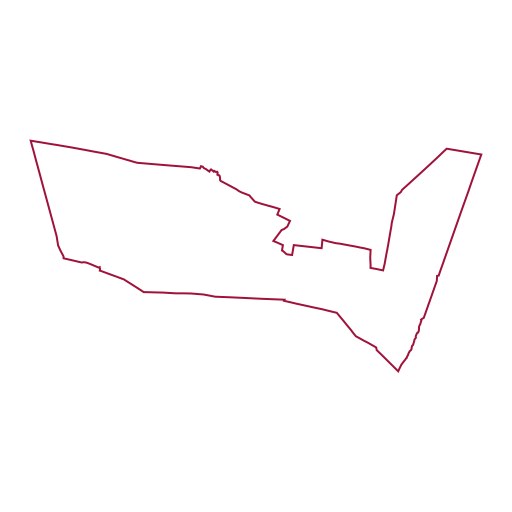 the district of Santa María de la Paz, Zacatecas, Mexico
{"feature_id": "50627088B97427908684721", "entity_name": "Santa María de la Paz", "entity_type": "district", "adm_level": 2, "iso_a3": "MEX", "parent_name": "Mexico", "parent_adm1": "Zacatecas", "projection": "orthographic", "projection_center": [-103.305, 21.511], "detail": "fine", "context": "isolated", "style": "outline", "palette": "rose", "viewbox_px": 512, "rotation_deg": 0, "n_neighbors": 0, "source": "geoboundaries", "source_scale": "gbopen_adm2", "svg_char_len": 3328}
<svg xmlns="http://www.w3.org/2000/svg" viewBox="0 0 512 512"><path d="M444.4,150.8L437.6,157.3L430.3,164.1L424.9,169.1L417.9,175.5L413.5,179.5L404.7,187.5L402.1,189.8L400.8,192.1L396.8,195.3L396.6,196.6L393.9,214.1L391.8,222.7L391.5,225.1L391.3,226.6L391.1,227.9L390.7,229.9L390.3,232.3L389.3,238.0L388.1,245.2L387.6,247.7L387.2,250.2L386.9,251.4L385.5,259.0L384.6,264.1L384.3,265.3L384.0,266.5L383.1,270.4L382.1,270.2L375.9,268.9L370.5,267.9L370.6,265.7L370.3,259.5L370.3,258.2L370.2,257.9L370.6,249.9L364.4,248.3L360.0,247.5L359.6,247.4L355.3,246.5L351.4,245.8L339.5,243.6L335.9,243.2L328.6,241.5L322.4,239.7L322.2,242.3L321.8,246.3L321.6,248.2L293.8,245.1L292.1,255.0L287.3,254.4L286.4,254.1L283.9,251.8L282.8,250.9L282.0,250.5L282.9,245.1L277.9,242.9L273.4,241.0L281.6,230.0L284.1,229.0L287.3,226.6L290.0,220.9L277.3,214.6L279.6,209.0L274.4,207.4L262.1,204.0L259.9,203.3L257.3,202.5L255.6,201.9L254.8,201.6L250.4,196.7L249.4,195.4L242.0,192.6L239.1,191.2L236.6,189.4L235.3,188.7L220.8,181.0L220.0,180.0L220.1,178.9L220.0,177.4L219.7,176.0L219.3,175.4L218.2,175.2L218.0,174.7L217.4,174.6L217.6,172.6L217.3,171.8L215.6,171.9L214.9,171.3L214.2,170.9L213.7,171.6L212.4,170.5L211.1,169.4L210.6,169.6L209.4,171.6L207.7,170.4L205.8,169.0L204.2,168.3L203.2,167.4L202.7,166.6L202.0,166.6L201.0,166.2L199.9,168.5L191.2,167.2L164.8,165.1L137.4,162.8L135.4,162.3L117.8,157.2L106.6,153.9L95.0,151.8L83.8,149.7L72.4,147.6L56.5,144.9L51.3,144.1L41.8,142.5L38.0,141.9L30.7,140.7L32.0,145.6L33.5,150.8L36.0,160.3L39.6,173.5L43.5,188.0L44.9,193.0L56.6,236.1L58.1,245.4L60.1,249.9L63.5,256.3L63.6,258.3L81.7,262.5L84.0,262.2L86.8,262.7L91.4,264.5L98.7,267.6L99.6,267.2L99.6,267.4L100.1,268.8L99.8,270.6L100.2,270.7L123.9,279.4L126.7,281.2L134.1,285.9L141.0,290.3L143.7,292.1L144.1,292.1L144.4,292.1L148.1,292.2L163.5,292.6L173.1,293.2L175.7,293.3L177.9,293.3L178.5,293.3L180.5,293.3L182.4,293.3L191.2,293.5L203.6,294.5L215.2,296.7L230.3,297.3L243.5,297.9L247.5,298.1L261.9,298.8L284.5,299.7L284.0,300.8L290.6,302.3L296.9,303.8L302.5,305.0L307.1,306.0L309.8,306.6L312.5,307.2L322.0,309.2L331.3,311.5L336.8,312.8L339.1,315.6L344.1,321.6L346.9,325.1L351.3,330.4L352.2,331.7L355.9,336.3L358.4,337.6L360.5,338.8L364.7,341.1L367.7,342.6L376.1,347.4L376.2,347.5L376.7,350.1L382.1,355.3L394.9,368.0L396.4,369.5L397.1,370.2L398.2,371.3L399.0,369.6L399.2,369.1L401.5,364.4L401.8,364.2L402.3,363.4L402.8,362.7L403.4,362.0L404.1,361.1L404.5,360.5L404.9,360.1L405.3,359.6L405.7,358.9L405.9,358.5L406.7,358.0L406.9,357.0L407.3,356.2L407.9,355.3L408.2,354.4L408.4,353.7L408.7,353.2L408.9,352.6L409.4,351.9L409.6,351.3L409.9,351.0L410.3,350.7L410.7,350.4L411.3,349.6L411.6,348.7L411.6,347.8L411.9,346.6L412.2,345.6L412.8,345.2L413.2,344.6L413.5,343.3L413.7,342.6L414.1,341.7L414.3,340.3L414.6,339.4L415.2,338.6L415.5,338.3L415.8,337.9L415.9,337.6L415.7,336.5L416.0,335.5L416.4,334.6L416.8,333.6L417.4,332.7L418.2,332.5L418.5,331.5L418.9,330.5L418.9,329.8L419.0,328.8L419.0,327.1L419.2,326.4L419.4,325.7L419.7,325.1L420.4,323.9L420.5,323.0L420.7,322.5L420.9,321.9L421.4,320.6L421.0,319.7L421.5,319.3L423.6,317.9L423.8,317.8L432.2,294.0L432.5,293.1L436.8,280.9L437.1,275.9L438.7,275.6L440.6,270.0L443.4,262.2L444.0,260.4L457.6,221.7L461.5,210.6L468.6,190.7L471.5,182.2L481.3,154.5L446.7,148.7L444.4,150.8Z" fill="none" stroke="#9f1239" stroke-width="2"/></svg>